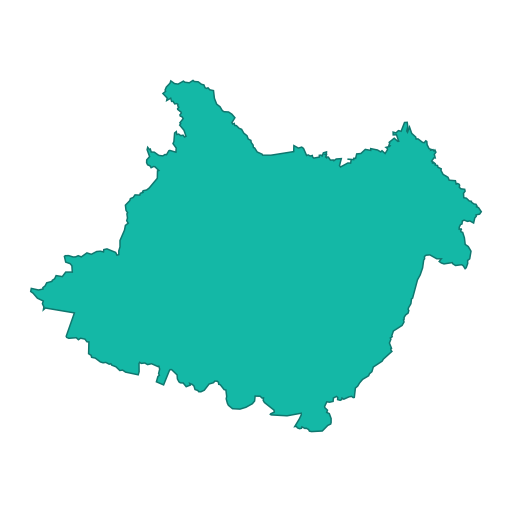 the district of Jalpa, Zacatecas, Mexico
{"feature_id": "50627088B74284506358028", "entity_name": "Jalpa", "entity_type": "district", "adm_level": 2, "iso_a3": "MEX", "parent_name": "Mexico", "parent_adm1": "Zacatecas", "projection": "albers", "projection_center": [-103.014, 21.631], "detail": "fine", "context": "isolated", "style": "filled", "palette": "teal", "viewbox_px": 512, "rotation_deg": 0, "n_neighbors": 0, "source": "geoboundaries", "source_scale": "gbopen_adm2", "svg_char_len": 6060}
<svg xmlns="http://www.w3.org/2000/svg" viewBox="0 0 512 512"><path d="M478.5,207.6L476.5,206.8L477.0,206.1L476.0,204.3L474.1,204.0L471.5,202.3L471.4,201.3L469.3,201.0L466.4,198.2L463.8,197.7L463.5,193.3L465.1,191.2L464.7,189.3L460.9,188.8L459.3,187.3L459.6,185.2L459.0,184.2L457.4,183.5L456.2,184.0L455.4,180.7L449.2,180.2L448.0,177.3L443.1,174.4L441.0,170.5L441.2,168.8L438.0,167.3L437.5,165.5L435.2,165.0L435.3,163.8L433.6,162.3L433.0,163.2L432.4,162.9L432.7,162.0L431.6,161.1L434.0,157.8L435.2,157.9L434.3,154.3L435.9,152.2L434.9,150.0L434.0,151.0L433.0,149.6L430.8,150.2L431.1,149.4L429.1,148.7L427.1,144.7L426.8,141.5L425.8,140.8L424.2,142.7L422.6,142.4L418.0,138.9L416.1,139.0L415.7,137.0L411.7,133.4L409.5,127.0L407.5,132.3L406.7,131.0L407.8,126.5L407.2,122.3L404.5,122.5L401.1,131.3L398.4,130.6L396.0,132.9L393.1,132.1L393.2,134.9L396.5,134.8L398.7,141.3L397.8,141.4L394.2,138.2L389.2,142.3L389.7,143.0L388.8,145.7L390.0,145.8L389.5,146.5L386.0,147.4L387.3,148.4L387.5,149.7L385.1,153.5L382.0,150.7L380.7,151.9L377.5,150.0L370.7,148.6L370.7,150.4L365.3,149.4L360.9,153.5L356.7,153.9L355.6,158.3L353.8,158.3L353.7,159.6L347.4,159.1L351.3,159.6L350.6,163.1L347.8,163.0L340.5,167.0L339.5,165.6L341.3,158.6L336.2,159.0L333.9,160.7L333.5,160.0L330.4,160.1L328.3,157.1L326.4,157.0L326.4,157.6L325.6,157.0L326.5,154.7L325.6,154.5L326.4,154.1L326.5,151.9L323.4,152.8L322.1,156.0L321.0,155.1L319.3,155.3L319.3,157.1L313.7,158.1L312.5,156.8L312.3,155.5L310.2,156.0L308.1,154.9L306.6,155.5L303.5,148.4L301.7,147.1L298.4,148.1L293.9,145.6L293.7,151.6L271.0,155.2L262.7,155.2L262.1,154.2L257.2,152.0L254.6,147.9L253.4,147.6L253.1,145.1L251.2,142.5L250.9,140.4L248.2,139.0L247.0,135.7L243.8,133.2L241.6,129.3L239.1,128.3L236.4,125.6L234.8,125.5L234.2,123.4L232.7,124.0L231.9,122.6L234.9,117.7L231.9,114.2L228.6,112.0L224.0,111.7L222.3,110.6L220.0,106.7L216.7,104.2L214.4,98.3L213.5,90.6L209.8,89.8L208.0,87.8L206.7,88.4L205.1,87.8L203.9,84.9L201.5,84.3L198.2,81.8L194.3,81.5L193.0,80.4L189.3,82.8L184.8,82.2L183.4,81.1L178.1,84.1L174.6,83.6L170.8,80.9L170.0,83.2L166.3,87.1L165.1,90.0L165.6,91.3L162.9,93.5L167.2,98.1L166.7,100.5L170.7,98.2L171.6,101.4L173.1,101.4L174.7,103.9L176.8,103.6L177.9,104.3L177.8,105.9L178.8,107.2L177.6,108.6L177.7,109.4L181.0,112.1L181.3,113.1L179.9,114.9L180.3,116.1L181.8,116.6L183.2,118.6L179.9,122.8L180.7,123.7L179.7,125.1L184.0,130.3L186.0,136.3L184.5,137.0L183.1,135.2L180.7,135.6L178.7,134.1L176.8,134.5L176.3,131.6L174.6,133.0L173.9,141.6L173.0,143.6L176.2,148.1L175.9,152.2L169.8,150.4L168.9,150.7L166.5,154.7L165.0,154.5L162.8,155.9L158.8,155.4L154.3,152.2L151.2,152.0L150.3,149.1L149.5,149.6L147.7,147.3L147.1,149.7L149.6,156.6L146.7,159.9L146.6,162.7L147.6,164.8L150.1,165.9L151.1,167.7L153.6,166.5L155.0,166.8L158.8,170.5L157.5,170.9L157.3,178.3L149.2,188.0L146.6,190.0L143.2,190.7L142.6,191.7L143.0,192.4L140.3,193.3L139.8,195.1L135.0,194.9L133.3,197.4L130.4,198.6L129.8,200.6L125.4,205.2L126.0,210.3L127.6,212.7L126.9,213.9L127.5,218.0L126.7,220.7L128.2,223.2L125.4,225.4L124.5,230.1L120.0,240.5L120.0,246.9L118.8,250.8L118.8,254.6L117.0,255.2L115.6,252.4L107.0,248.9L103.8,249.6L103.5,251.9L100.4,251.2L96.7,251.5L91.3,254.3L86.9,252.9L81.3,256.9L78.2,255.7L75.6,256.9L73.2,257.0L68.6,255.6L65.3,255.7L64.4,256.4L65.7,262.1L70.2,263.7L71.9,265.8L72.3,272.1L65.7,272.1L62.3,276.6L56.1,275.6L54.6,278.8L52.3,280.3L51.9,281.4L46.7,282.8L45.1,285.9L42.9,287.6L43.0,289.0L38.5,290.0L31.3,288.4L30.7,291.5L33.0,293.1L37.4,298.2L43.3,301.0L42.4,303.7L43.9,306.9L43.4,309.8L45.4,308.0L74.4,312.9L66.2,336.3L66.7,337.4L68.8,338.3L76.3,337.7L78.4,339.7L80.6,338.2L84.9,339.1L87.0,341.8L88.9,341.9L88.6,353.7L91.1,355.3L91.6,357.3L95.3,358.1L100.3,361.9L103.1,362.8L105.8,362.4L109.2,364.2L110.8,363.7L111.7,365.1L116.0,366.8L119.8,370.5L122.6,370.1L125.5,372.1L138.2,374.8L139.1,371.7L139.0,363.6L139.7,362.3L141.2,363.4L144.8,363.0L147.6,364.6L151.5,363.7L157.8,366.5L158.8,366.2L159.7,369.1L158.6,373.6L159.4,375.2L157.9,376.5L156.4,381.8L163.6,384.9L169.2,371.0L170.1,369.6L171.6,369.6L177.1,374.9L177.4,378.9L179.0,381.9L180.3,382.8L183.2,383.0L186.2,386.7L190.3,385.1L189.7,383.4L192.4,384.5L194.0,386.1L195.0,389.5L197.8,390.5L198.7,391.7L200.9,391.8L204.3,390.2L209.1,384.0L213.5,382.7L214.8,381.1L217.3,381.2L218.5,382.4L218.7,384.3L220.3,384.7L224.1,389.6L225.9,390.0L226.7,396.4L226.2,398.8L227.4,403.3L228.4,405.3L232.5,408.7L240.0,409.1L245.9,407.3L252.4,403.7L254.6,401.0L255.1,396.1L260.1,396.2L262.1,398.1L263.5,397.9L263.2,400.4L264.4,402.5L274.0,410.1L274.3,412.1L270.8,413.7L270.3,414.3L271.2,414.9L287.1,415.8L301.2,413.2L301.3,414.8L299.3,419.0L294.7,426.6L296.3,426.4L297.5,427.9L299.6,428.7L301.4,428.3L301.9,426.9L305.1,428.5L306.0,428.1L308.6,429.5L309.4,431.1L311.5,431.6L322.3,431.0L327.8,425.4L330.7,424.0L331.1,422.5L331.1,418.5L329.3,413.6L326.7,412.4L327.5,410.2L324.8,407.6L324.6,406.5L326.8,401.8L329.6,402.2L333.1,401.4L333.4,398.0L336.5,396.4L337.8,397.6L337.6,399.6L340.2,400.3L341.7,399.6L342.0,398.1L343.8,399.2L349.1,396.8L351.6,396.4L353.2,397.6L354.3,397.4L355.4,388.0L357.6,386.2L359.6,382.9L362.7,379.3L368.6,375.8L369.5,373.7L371.9,371.7L373.3,367.0L382.1,361.2L383.4,359.1L391.9,351.4L391.1,350.5L390.8,348.7L391.5,348.3L389.4,343.0L390.9,339.2L390.3,338.0L392.2,336.7L391.8,335.7L393.4,331.0L402.1,325.4L404.0,322.0L403.5,319.7L404.1,319.3L404.1,317.4L405.7,314.9L408.1,313.1L408.8,310.5L408.1,309.3L408.5,307.8L410.9,303.7L411.5,298.9L412.6,298.1L417.5,279.8L420.2,274.9L422.6,267.9L423.7,260.0L424.6,258.8L424.4,256.8L425.0,256.0L426.1,255.2L429.9,254.9L436.8,258.8L441.3,258.8L439.2,261.5L441.4,263.0L444.0,263.9L452.2,262.6L452.7,263.7L455.5,265.5L461.6,264.7L463.1,265.6L465.1,268.7L466.2,267.7L467.7,263.5L467.6,260.5L469.7,258.8L471.0,251.2L468.3,246.6L465.2,244.4L464.4,237.8L462.7,232.4L460.9,231.7L460.6,230.7L461.4,229.6L461.1,228.9L459.2,229.2L459.2,227.3L460.5,224.6L462.0,223.9L462.3,221.1L464.1,220.1L467.5,221.4L469.8,220.9L473.6,223.0L474.8,217.9L476.2,216.4L476.1,214.9L479.6,214.1L481.3,211.7L478.5,207.6Z" fill="#14b8a6" stroke="#0f766e" stroke-width="1.5"/></svg>